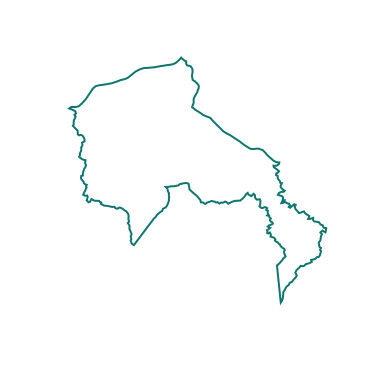 the district of Porto Franco, Maranhão, Brazil, rotated 57°
{"feature_id": "56859067B97891861760151", "entity_name": "Porto Franco", "entity_type": "district", "adm_level": 2, "iso_a3": "BRA", "parent_name": "Brazil", "parent_adm1": "Maranhão", "projection": "robinson", "projection_center": [-47.099, -6.384], "detail": "fine", "context": "isolated", "style": "outline", "palette": "teal", "viewbox_px": 384, "rotation_deg": 57, "n_neighbors": 0, "source": "geoboundaries", "source_scale": "gbopen_adm2", "svg_char_len": 5052}
<svg xmlns="http://www.w3.org/2000/svg" viewBox="0 0 384 384"><g transform="rotate(57 192 192)"><path d="M54.9,246.9L55.1,249.5L57.5,247.7L60.7,245.9L63.0,246.5L63.2,248.6L65.6,248.6L66.7,250.6L67.7,252.2L69.6,253.7L71.0,254.4L71.6,255.9L75.5,255.1L78.1,254.5L79.9,255.4L81.3,256.4L82.9,255.9L83.7,254.0L85.3,253.1L87.4,253.1L89.0,253.4L91.0,254.5L90.7,257.3L92.4,258.0L93.6,259.1L94.2,260.6L95.7,261.5L97.3,262.7L98.4,264.9L100.1,265.8L101.0,267.5L104.5,266.4L105.9,265.4L107.3,264.0L109.5,265.9L111.9,266.3L113.4,268.6L114.0,270.0L115.1,271.4L116.6,273.0L118.8,274.7L118.2,276.1L120.0,277.7L121.9,277.7L124.0,277.3L125.7,277.9L127.6,277.3L128.6,276.4L129.3,277.6L130.9,278.0L131.7,279.7L132.6,280.5L133.2,281.9L135.0,284.8L137.0,283.6L137.9,281.8L139.5,282.3L141.7,284.9L144.3,284.3L144.6,282.5L143.7,281.5L143.2,280.1L145.0,279.4L146.6,278.0L147.9,276.1L149.0,274.7L150.2,274.6L151.3,273.8L152.2,274.9L155.4,273.2L156.3,272.1L158.7,269.3L160.0,268.2L161.1,267.0L162.0,265.3L164.0,264.9L165.2,264.0L165.7,260.9L168.1,259.4L170.1,258.8L172.4,257.7L175.4,257.4L177.8,258.3L179.2,259.5L180.4,260.2L182.6,260.9L183.0,262.7L186.1,262.7L189.1,264.7L191.6,265.0L194.5,265.6L195.8,267.6L198.3,268.4L199.3,269.9L202.3,270.6L204.9,269.7L193.5,238.4L193.1,235.7L192.0,233.6L191.8,231.3L191.5,229.8L191.6,227.2L190.3,225.5L190.6,222.6L190.1,221.0L189.0,219.0L186.8,216.2L185.1,215.1L184.2,214.2L181.9,213.1L180.5,211.9L179.0,211.9L177.6,211.5L175.9,210.8L173.4,211.3L174.6,209.5L175.4,207.4L176.2,205.8L177.4,204.0L178.0,202.3L179.0,200.0L178.7,198.2L180.0,194.6L180.7,193.0L181.5,191.7L183.1,190.4L188.7,192.7L191.8,191.9L195.4,190.9L198.4,189.9L201.0,189.7L203.4,189.4L205.5,190.2L206.7,188.5L209.3,187.4L209.1,185.0L209.8,182.5L210.2,180.4L211.5,179.3L212.5,178.1L213.8,177.6L214.5,176.1L216.6,175.4L216.7,173.3L217.8,172.1L218.1,169.4L219.9,168.3L221.6,168.0L222.0,163.7L222.9,160.7L224.1,158.6L225.5,156.2L224.9,152.0L224.3,149.9L223.2,147.6L223.1,145.8L224.6,146.1L227.8,144.5L227.0,141.4L228.9,141.0L230.9,142.1L232.1,142.2L233.8,141.7L235.0,139.1L236.8,139.5L239.5,141.5L240.8,143.3L243.2,142.5L243.9,141.4L244.3,139.3L245.2,138.3L246.5,137.8L247.4,139.5L249.0,138.6L250.5,139.8L252.2,140.1L252.6,141.7L254.0,140.2L255.2,140.8L257.1,140.3L258.1,142.1L259.8,142.0L261.2,141.1L262.6,141.5L262.6,143.1L262.0,145.3L262.3,147.3L264.6,145.9L264.9,147.9L264.8,149.9L266.2,150.2L267.3,151.3L268.3,150.6L268.4,148.7L270.8,149.1L272.2,150.4L274.3,148.6L275.5,148.0L277.0,147.8L277.9,148.9L280.0,148.3L281.0,147.4L282.6,147.5L283.7,146.8L285.4,147.2L287.9,146.6L290.0,145.6L291.2,145.8L292.1,147.2L293.3,147.9L295.6,148.5L297.1,148.7L297.5,151.9L298.3,153.5L299.2,156.6L299.8,159.1L299.8,160.7L333.1,177.8L332.2,175.7L330.3,173.5L327.7,171.4L325.6,169.8L324.9,167.9L323.7,166.1L322.8,164.0L322.7,161.6L321.3,159.2L321.9,157.4L321.2,155.7L320.6,153.6L320.1,151.5L319.2,149.7L316.0,149.3L314.4,146.8L313.7,142.8L313.1,141.1L314.5,139.5L315.0,138.1L314.5,135.7L315.2,133.8L315.7,131.7L315.9,129.6L313.8,129.1L314.8,126.7L315.2,125.1L314.8,122.6L315.5,121.1L314.8,119.3L311.8,115.9L310.2,116.1L309.2,114.3L307.4,115.0L305.5,114.2L303.5,113.3L302.5,110.7L299.4,108.0L298.2,106.0L295.8,106.3L295.5,103.6L298.5,102.1L296.7,100.2L295.4,99.1L294.0,100.8L292.4,101.0L291.0,100.5L289.5,101.8L288.2,102.0L286.6,101.9L285.4,103.2L283.1,105.6L281.4,105.7L279.7,104.5L278.9,107.5L277.9,109.2L276.1,106.7L273.1,108.1L271.2,108.8L269.2,108.7L268.1,113.7L265.0,114.0L263.3,114.5L260.3,114.0L259.4,112.1L257.9,113.0L258.7,118.3L257.3,119.0L256.4,117.1L254.7,116.9L253.7,118.0L252.0,119.0L250.7,120.2L249.4,118.7L248.2,120.4L247.3,119.4L246.0,118.5L244.2,119.0L243.0,120.0L241.1,121.5L240.1,119.3L240.7,116.7L241.8,114.9L241.4,113.5L239.7,114.4L236.4,115.0L235.1,114.4L233.6,111.8L232.5,112.9L230.6,112.4L229.0,112.6L227.5,112.7L225.1,111.4L223.7,112.3L222.3,111.2L222.6,109.6L222.0,107.7L219.8,108.3L217.7,109.1L215.6,109.9L214.3,109.3L215.3,107.9L216.0,106.7L215.9,104.1L214.8,102.7L212.8,105.1L210.1,106.6L201.7,108.9L199.3,109.0L195.2,110.0L192.1,112.4L190.8,114.2L189.6,116.9L188.0,119.1L186.6,120.0L181.2,122.5L178.8,123.4L176.2,124.2L173.7,125.3L165.1,129.1L160.7,131.6L158.4,132.6L144.1,135.7L139.8,136.3L135.5,139.4L133.0,140.9L130.7,141.7L124.9,144.4L120.8,145.7L118.0,141.9L115.5,140.4L114.4,139.4L113.1,137.2L111.0,132.9L109.7,131.7L108.9,130.2L106.8,128.5L105.0,128.4L100.9,129.2L98.4,130.4L94.4,128.7L92.4,126.8L90.8,125.6L88.8,124.6L85.7,124.7L83.1,127.2L81.1,127.0L79.2,125.7L77.9,126.6L74.6,127.7L73.4,127.9L74.1,130.3L74.6,132.9L74.9,135.9L74.3,138.8L72.6,142.7L71.6,144.6L70.7,146.9L69.2,150.0L66.9,155.6L65.1,159.0L64.5,160.2L63.7,161.6L61.7,165.2L61.3,166.7L60.9,168.1L60.5,170.7L60.4,172.2L60.3,173.8L60.4,175.6L60.7,177.9L60.9,179.8L61.1,181.9L61.2,183.5L61.1,185.2L60.2,188.5L59.5,190.1L58.0,196.7L56.9,200.5L54.4,206.5L52.5,210.4L51.9,211.9L50.9,214.6L50.9,216.5L51.3,218.9L56.4,230.8L57.7,235.9L58.4,240.2L57.9,241.8L57.2,243.6L54.9,246.9ZM250.7,120.2L250.6,121.8L250.0,123.1L249.2,121.8L250.7,120.2Z" fill="none" stroke="#0f766e" stroke-width="2"/></g></svg>